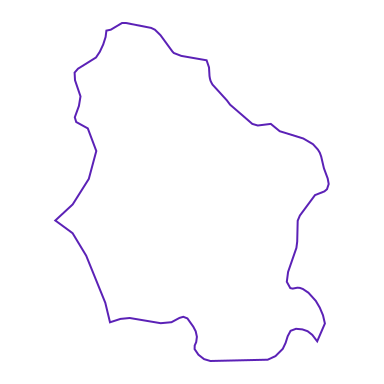 outline of Lucca
{"feature_id": "ITA-5383", "entity_name": "Lucca", "entity_type": "Province", "adm_level": 1, "iso_a3": "ITA", "parent_name": "Italy", "parent_adm1": "", "projection": "mercator", "projection_center": [10.483, 44.019], "detail": "fine", "context": "isolated", "style": "outline", "palette": "violet", "viewbox_px": 384, "rotation_deg": 0, "n_neighbors": 0, "source": "natural_earth", "source_scale": "10m", "svg_char_len": 1262}
<svg xmlns="http://www.w3.org/2000/svg" viewBox="0 0 384 384"><path d="M110.0,322.3L105.3,302.8L86.2,255.7L72.6,233.2L55.3,220.5L72.7,204.4L88.8,178.9L96.3,151.0L87.8,128.4L76.2,122.0L74.8,117.3L78.9,106.0L80.5,96.4L75.0,80.2L74.6,72.6L78.0,68.7L96.0,57.5L99.8,51.8L103.2,44.5L105.6,37.0L106.4,30.6L110.8,29.7L122.0,23.0L125.9,23.0L151.1,27.9L154.9,29.7L160.5,35.2L172.4,51.5L173.8,53.0L181.3,55.9L206.6,60.3L209.0,67.4L209.5,76.0L209.9,78.4L210.5,80.7L211.4,82.6L212.5,84.6L226.9,100.4L230.1,104.7L252.3,123.9L257.8,125.5L270.8,123.9L279.7,131.2L303.3,138.5L313.0,144.2L317.9,149.6L319.8,152.7L321.2,156.6L323.9,168.2L327.7,178.5L328.7,184.0L327.0,189.2L324.4,191.4L315.0,195.1L299.9,215.5L297.7,220.7L297.2,241.7L296.4,247.9L288.1,271.9L286.8,281.8L290.3,288.1L292.7,288.6L297.4,287.7L299.9,287.9L302.9,289.0L308.5,292.8L315.8,300.9L319.8,307.7L323.0,315.3L324.9,323.5L317.2,341.3L312.3,334.9L307.6,331.2L302.4,329.4L296.0,328.8L290.6,330.8L287.7,336.2L285.6,342.9L282.8,348.8L275.5,356.1L267.7,359.7L210.4,361.0L204.0,359.1L198.4,354.7L194.6,349.1L194.7,345.5L196.2,342.1L196.9,336.8L195.7,331.3L193.3,326.7L187.4,318.4L183.3,316.8L179.5,317.9L171.5,322.2L160.7,323.2L129.7,318.0L120.5,318.9L110.0,322.3Z" fill="none" stroke="#5b21b6" stroke-width="2"/></svg>